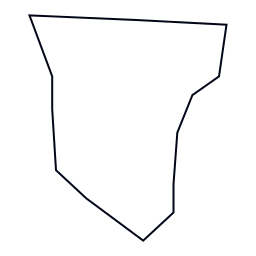 the state/province of Gudja
{"feature_id": "MLT-5966", "entity_name": "Gudja", "entity_type": "state/province", "adm_level": 1, "iso_a3": "MLT", "parent_name": "Malta", "parent_adm1": "", "projection": "natural_earth1", "projection_center": [14.503, 35.844], "detail": "fine", "context": "isolated", "style": "outline", "palette": "ink", "viewbox_px": 256, "rotation_deg": 0, "n_neighbors": 0, "source": "natural_earth", "source_scale": "10m", "svg_char_len": 283}
<svg xmlns="http://www.w3.org/2000/svg" viewBox="0 0 256 256"><path d="M226.5,24.7L219.0,76.4L192.4,95.1L177.3,132.7L173.5,184.3L173.5,212.5L143.2,240.6L86.3,198.4L56.0,170.2L52.2,109.2L52.2,76.4L29.5,15.4L135.6,20.0L226.5,24.7Z" fill="none" stroke="#020617" stroke-width="2"/></svg>